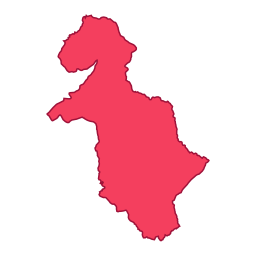 Chapada Gaúcha, Minas Gerais, Brazil (Robinson projection)
{"feature_id": "56859067B64752676295084", "entity_name": "Chapada Gaúcha", "entity_type": "district", "adm_level": 2, "iso_a3": "BRA", "parent_name": "Brazil", "parent_adm1": "Minas Gerais", "projection": "robinson", "projection_center": [-45.487, -15.459], "detail": "fine", "context": "isolated", "style": "filled", "palette": "rose", "viewbox_px": 256, "rotation_deg": 0, "n_neighbors": 0, "source": "geoboundaries", "source_scale": "gbopen_adm2", "svg_char_len": 5739}
<svg xmlns="http://www.w3.org/2000/svg" viewBox="0 0 256 256"><path d="M63.8,40.9L65.0,42.4L65.1,43.2L64.5,45.0L63.2,46.6L62.5,47.8L61.9,48.3L61.5,50.3L61.0,51.3L59.9,52.4L58.7,54.8L58.2,56.4L58.5,57.3L59.9,58.5L61.0,60.6L61.3,63.8L64.0,66.5L64.8,67.0L67.1,70.6L68.8,72.0L69.5,72.1L72.0,71.6L73.4,72.1L75.2,71.7L76.1,71.3L76.6,70.6L76.7,69.5L77.1,68.9L78.5,68.9L79.3,69.6L81.0,70.4L82.0,70.3L83.7,69.4L87.1,69.0L88.7,67.7L93.5,64.3L95.8,61.0L97.0,60.2L97.2,60.9L97.0,62.6L96.6,63.8L95.1,66.0L94.9,68.0L93.8,70.9L91.7,73.5L91.3,74.3L90.2,75.3L88.4,76.4L87.3,79.1L86.0,80.2L83.8,83.5L83.1,84.2L81.1,85.0L80.0,85.8L79.8,87.9L79.4,89.1L78.6,90.0L77.8,90.5L76.4,91.0L74.4,92.4L70.4,92.7L69.3,93.0L69.1,94.0L69.5,94.8L70.9,96.8L71.2,97.8L70.6,98.5L69.7,98.8L68.5,98.8L64.0,98.4L63.8,100.0L63.5,100.8L59.0,103.1L57.2,103.9L56.3,104.5L53.1,107.6L50.2,110.9L49.7,111.7L47.1,114.0L47.6,114.8L49.0,115.8L49.4,116.4L51.3,119.7L52.0,120.5L52.7,120.7L56.6,118.5L57.5,117.7L58.8,115.8L59.5,115.2L60.2,115.0L60.8,115.4L61.4,116.3L63.1,119.6L65.4,121.6L67.2,122.5L68.8,122.5L70.3,121.0L72.0,120.0L76.6,119.1L81.6,117.3L82.6,117.3L83.4,118.0L84.1,118.1L84.8,118.8L87.3,120.2L90.1,121.2L93.5,121.8L95.8,123.6L96.7,126.4L96.7,129.3L97.1,130.1L97.5,133.5L98.0,135.7L98.4,136.6L98.3,137.6L98.6,139.5L99.1,140.4L99.2,141.6L98.8,142.3L96.3,145.1L95.7,147.1L95.1,147.8L95.1,148.6L95.8,150.8L96.7,150.9L97.1,151.7L97.5,154.4L97.4,155.5L99.3,158.8L98.8,161.4L99.3,163.1L99.3,164.1L98.9,166.1L98.0,168.1L98.4,170.6L99.6,171.6L99.6,172.7L99.0,173.5L99.1,174.4L98.5,178.6L99.0,179.7L100.0,179.9L100.7,180.5L101.0,181.2L100.6,182.8L100.3,183.4L101.1,183.7L102.2,183.7L101.8,184.8L102.4,185.7L103.3,186.4L104.6,186.8L104.8,187.9L103.3,189.1L102.6,189.1L102.1,189.6L102.2,190.6L101.1,190.9L100.5,191.4L99.6,191.9L99.9,192.6L99.7,193.5L99.1,194.3L99.5,195.4L100.2,196.2L103.3,197.5L105.2,197.5L106.1,197.8L109.4,201.5L110.2,202.7L111.7,203.8L112.5,204.1L114.4,204.2L116.3,206.4L116.5,207.2L116.5,209.2L116.9,211.3L118.0,211.7L119.8,211.2L120.5,211.3L123.4,210.9L126.0,210.2L126.7,210.8L128.6,214.5L128.4,217.0L128.4,217.7L129.0,219.2L130.4,220.8L133.7,222.4L134.2,223.0L134.4,224.0L135.5,224.3L136.2,225.3L136.5,226.2L137.2,226.9L137.9,228.0L138.0,229.3L139.4,229.5L139.6,230.6L140.9,231.1L141.7,231.2L142.3,231.8L142.6,233.0L142.3,234.3L142.6,235.9L143.5,237.8L145.2,237.8L146.6,236.9L147.3,237.2L148.0,238.0L148.7,237.9L149.5,238.1L151.9,239.2L154.4,239.7L155.2,238.2L155.5,237.2L156.5,236.7L158.3,236.3L158.6,238.1L160.4,240.5L161.2,240.6L161.9,240.0L162.8,239.7L163.6,238.0L164.5,237.2L165.0,236.0L165.2,234.9L166.6,235.7L167.2,235.8L168.0,235.2L169.1,235.0L170.4,233.7L170.7,233.0L170.6,232.3L171.8,230.7L172.7,230.7L174.1,229.2L174.8,228.8L175.5,228.5L176.2,228.8L176.5,228.2L177.4,228.0L178.8,226.7L179.7,226.2L179.1,225.4L178.8,224.5L178.1,223.9L177.7,223.1L177.7,221.4L177.4,220.3L177.6,219.2L176.7,217.5L176.8,216.3L176.3,215.1L175.2,213.2L175.0,211.5L174.7,210.6L174.6,209.5L174.0,207.2L174.3,205.2L173.8,204.5L173.0,204.0L172.6,203.0L172.5,201.8L172.6,201.0L174.2,200.1L175.9,195.8L176.5,195.0L178.4,194.0L179.0,193.4L181.1,192.6L182.1,190.3L183.4,188.6L187.2,184.5L188.3,182.9L191.1,179.7L196.1,175.3L197.3,174.6L199.2,174.0L202.3,171.1L203.8,168.9L204.1,167.9L204.8,166.2L205.3,165.5L205.7,163.6L206.1,162.9L207.4,162.3L208.5,161.2L208.9,160.5L208.4,159.9L206.9,159.3L205.7,157.8L204.6,157.4L203.7,156.8L202.8,157.4L202.4,158.1L201.6,157.8L198.8,155.4L197.9,155.6L197.1,155.2L197.0,154.4L196.6,153.7L196.0,153.4L195.4,153.2L194.5,153.7L193.5,153.8L192.2,152.5L191.5,152.1L189.7,152.8L189.2,152.2L188.9,151.5L187.8,150.6L187.6,149.7L186.3,148.1L185.7,147.8L185.2,146.9L185.2,145.6L184.5,145.1L183.7,145.3L182.9,145.2L182.1,143.6L182.0,142.3L180.9,141.6L179.8,141.9L178.8,141.2L178.1,140.4L178.2,139.2L177.5,138.5L177.2,137.4L177.5,136.1L177.4,135.0L176.7,134.3L176.7,130.5L177.0,129.7L176.9,128.8L175.9,126.2L175.9,125.2L175.4,123.3L175.2,121.3L174.7,120.7L175.0,119.1L175.0,118.1L174.5,117.5L173.8,117.3L173.2,116.8L173.1,115.7L173.9,114.0L173.6,113.0L173.2,112.3L173.0,111.3L172.0,109.8L171.8,108.9L172.5,106.5L171.9,105.7L170.7,104.5L170.3,103.6L168.9,102.7L168.2,101.6L167.4,101.3L166.8,102.1L164.9,101.8L163.2,100.9L161.3,100.6L160.8,99.7L160.5,98.7L160.1,97.8L158.2,96.9L156.5,97.0L154.6,97.6L152.9,97.1L152.1,97.7L151.0,99.6L150.0,99.7L149.3,99.1L148.8,97.6L146.2,96.8L145.5,95.5L144.1,94.3L143.3,94.5L142.3,94.3L141.7,93.8L140.7,93.3L139.1,93.0L137.7,91.9L137.1,92.2L136.1,92.2L135.4,91.6L134.9,92.0L134.1,91.8L133.1,91.4L132.2,90.1L131.7,88.5L131.4,85.9L129.9,82.9L129.2,81.9L128.2,81.6L125.9,80.0L126.3,78.9L126.4,76.5L125.8,75.8L125.4,72.8L125.8,72.0L127.8,70.1L128.1,69.3L127.7,68.4L127.2,67.9L125.2,66.8L124.8,66.2L125.1,65.4L127.4,63.1L129.1,62.2L129.7,61.6L130.7,59.7L130.8,58.2L131.5,56.6L131.4,53.4L131.7,52.6L132.3,52.1L133.3,51.8L135.6,50.3L136.3,49.3L136.3,47.8L134.6,45.6L133.4,44.7L129.1,42.8L127.8,41.6L125.5,40.2L124.8,39.5L123.7,37.3L120.5,35.6L118.9,31.7L118.2,28.9L118.1,27.8L116.5,24.0L115.6,22.6L115.0,22.3L114.1,22.2L113.4,21.7L110.1,18.9L108.1,19.1L107.2,18.7L106.7,17.8L104.3,17.2L103.4,17.1L101.8,17.4L100.9,17.8L100.6,18.4L99.8,18.9L98.9,19.1L98.3,19.0L96.3,18.1L93.3,17.6L91.7,16.4L91.3,15.4L89.2,15.9L87.9,16.4L87.2,16.3L86.3,15.5L86.0,16.7L85.3,17.9L84.9,16.6L84.1,16.7L83.1,17.4L82.6,19.0L82.4,20.5L83.2,21.9L83.2,22.9L82.3,24.3L82.3,25.2L82.0,26.0L81.2,26.5L80.6,27.5L80.3,28.5L79.4,30.3L78.2,31.0L77.3,32.2L76.4,32.6L74.8,32.2L74.8,33.4L73.9,34.1L73.0,33.7L70.8,34.9L69.8,34.9L69.3,35.5L69.7,36.2L69.6,37.1L68.9,37.2L68.2,37.5L68.4,38.9L67.8,39.4L67.0,39.5L66.5,40.1L65.1,40.8L63.8,40.9ZM102.2,183.7L102.1,182.7L102.5,181.9L103.1,182.3L102.8,183.1L102.2,183.7Z" fill="#f43f5e" stroke="#9f1239" stroke-width="1.5"/></svg>